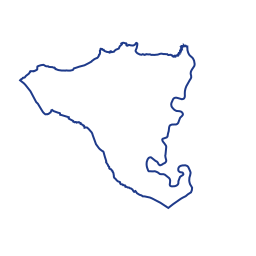 Chiang Khwan, Roi Et, Thailand, rotated 70°
{"feature_id": "78962969B97176317903626", "entity_name": "Chiang Khwan", "entity_type": "district", "adm_level": 2, "iso_a3": "THA", "parent_name": "Thailand", "parent_adm1": "Roi Et", "projection": "albers", "projection_center": [103.728, 16.148], "detail": "fine", "context": "isolated", "style": "outline", "palette": "blue", "viewbox_px": 256, "rotation_deg": 70, "n_neighbors": 0, "source": "geoboundaries", "source_scale": "gbopen_adm2", "svg_char_len": 5683}
<svg xmlns="http://www.w3.org/2000/svg" viewBox="0 0 256 256"><g transform="rotate(70 128 128)"><path d="M53.6,164.6L52.7,166.5L52.7,167.0L51.3,170.7L49.8,173.5L48.8,174.8L48.2,175.2L47.9,176.0L46.5,176.2L46.1,176.4L46.0,177.1L44.9,178.3L44.4,179.6L43.5,181.4L42.6,182.1L42.5,182.7L42.0,183.8L41.0,184.8L40.4,185.2L39.7,185.9L39.2,188.3L39.1,191.0L39.2,192.0L39.4,192.2L41.9,193.3L42.3,194.3L42.2,195.3L42.5,196.0L42.4,196.6L42.5,197.2L42.1,197.5L41.9,198.7L41.3,199.8L41.3,200.6L41.7,201.0L42.0,201.0L42.7,202.2L43.0,202.5L44.1,206.0L45.2,207.8L45.2,208.2L45.0,208.8L44.9,209.6L45.4,210.2L45.8,212.3L46.3,213.1L50.3,210.6L52.3,209.7L60.1,207.1L72.3,205.4L74.3,204.4L82.5,202.8L84.2,202.4L85.9,201.6L86.8,201.0L87.1,200.5L87.2,199.6L87.5,199.1L87.4,198.8L87.6,197.8L87.1,196.7L86.9,195.5L86.1,194.7L85.6,193.9L85.2,193.9L85.1,193.1L86.6,192.2L89.7,188.5L90.7,187.0L91.1,186.9L92.4,187.2L93.2,185.9L97.7,179.9L98.8,180.5L99.0,180.4L102.6,177.1L103.0,177.3L103.3,177.3L103.8,176.7L104.4,176.2L104.5,176.0L104.4,175.3L104.7,174.7L105.4,174.4L105.4,173.4L105.7,172.2L106.1,172.2L107.1,170.8L107.4,170.7L108.0,171.1L109.5,169.5L110.7,169.1L110.7,168.7L111.2,168.5L112.9,168.8L113.0,167.5L113.6,166.3L115.5,165.3L119.6,163.7L120.9,163.5L123.1,163.6L132.3,163.6L137.1,162.2L138.4,161.6L140.6,160.2L141.5,159.4L142.1,159.2L147.0,159.6L151.9,159.8L152.3,160.2L152.7,160.3L155.8,159.5L156.8,159.6L158.0,159.0L158.6,159.2L158.8,159.1L159.6,159.4L160.4,158.9L160.8,158.3L161.1,158.0L162.1,157.7L162.5,157.8L162.8,157.4L163.6,157.2L164.1,157.4L165.2,157.1L168.4,157.7L169.0,158.0L170.2,157.9L171.6,157.1L173.1,156.6L174.6,155.8L176.0,154.1L176.4,154.0L176.8,154.3L177.3,154.2L177.9,154.2L178.3,154.0L178.5,153.8L179.1,152.5L179.3,152.3L180.0,152.2L180.2,151.5L180.8,151.0L181.0,150.4L181.4,150.3L182.0,150.5L182.4,150.5L182.6,149.7L184.0,148.4L184.2,147.5L185.2,146.9L185.8,145.9L187.4,144.8L188.4,144.7L190.0,144.2L190.2,143.9L190.2,143.2L189.7,142.8L189.7,142.6L190.0,142.5L190.4,142.6L190.9,142.2L192.3,141.9L194.7,140.0L196.0,138.3L197.2,137.6L198.0,135.7L200.9,131.1L202.5,129.4L209.5,123.0L216.9,117.5L215.0,111.7L212.6,102.7L212.2,100.5L211.8,97.1L210.8,94.4L210.0,90.8L208.3,89.3L206.1,88.2L204.6,88.4L202.1,88.9L200.2,88.8L198.5,88.5L195.7,87.3L193.7,85.8L191.7,84.6L191.0,84.4L189.3,84.4L185.4,84.7L184.5,85.0L183.8,85.5L182.7,86.8L181.8,89.6L181.6,91.4L181.8,92.7L182.2,93.5L182.9,94.3L183.7,94.8L185.0,95.2L185.5,95.2L186.5,94.8L187.3,94.2L188.3,92.3L188.7,91.9L189.5,91.7L190.4,91.8L191.0,92.6L191.4,94.7L191.8,95.9L195.2,98.8L197.2,99.6L197.8,100.1L198.3,100.9L198.7,102.1L198.7,103.9L198.0,106.3L197.6,107.2L197.2,107.7L196.7,108.1L196.1,108.2L195.4,108.1L193.3,107.0L191.6,106.3L190.4,106.2L189.1,106.5L184.5,109.3L183.6,110.4L182.5,113.2L182.1,113.8L179.8,115.3L178.5,116.7L177.8,117.6L177.3,119.4L175.7,123.3L174.9,123.6L171.7,123.6L170.1,123.4L168.3,122.9L166.3,122.0L164.2,120.3L163.2,118.8L163.1,117.7L163.3,116.7L163.6,116.3L168.5,113.3L169.1,112.6L170.0,112.1L170.5,111.9L172.7,111.6L173.8,110.9L174.1,110.2L174.0,108.4L173.6,107.1L173.5,105.4L172.8,104.0L172.1,103.4L171.3,103.1L168.3,102.8L166.6,102.4L165.7,101.8L159.2,98.7L158.3,98.4L157.5,98.4L155.2,99.0L152.5,99.9L151.1,99.9L150.4,99.7L150.0,99.0L150.1,94.9L149.5,93.8L146.9,92.3L144.8,90.8L141.4,89.1L140.4,88.3L139.9,87.6L139.8,86.9L139.8,85.5L141.1,81.6L141.0,80.3L140.4,79.1L136.5,75.8L136.1,75.3L135.1,73.0L134.3,71.9L133.3,71.6L132.4,71.7L131.8,71.9L130.8,72.5L129.9,73.7L128.5,76.7L126.8,78.2L124.8,79.1L123.3,79.6L122.4,79.7L120.5,79.3L119.3,78.6L116.5,75.9L116.0,75.2L115.7,74.3L115.7,73.6L115.9,72.5L116.7,71.2L119.4,67.5L119.6,65.9L119.3,65.1L118.3,64.1L117.3,63.6L114.9,62.8L112.8,61.9L110.6,60.5L108.7,58.9L104.3,53.8L103.0,52.1L102.1,51.3L100.5,50.8L98.7,50.6L98.0,50.4L96.4,49.5L95.0,48.0L92.5,44.6L91.7,44.0L90.7,43.5L87.4,42.9L85.3,43.1L84.1,43.4L80.8,45.2L79.6,45.5L77.8,45.7L75.2,45.5L71.7,44.4L71.4,45.3L70.5,45.5L70.2,45.9L70.1,46.3L70.4,46.7L70.1,46.9L70.2,47.2L69.6,47.4L70.1,47.6L70.1,47.9L69.8,48.0L69.7,48.5L70.0,49.0L69.5,49.0L69.3,49.6L69.7,49.7L69.8,50.2L70.2,49.9L70.6,50.3L70.8,50.6L71.3,50.5L71.5,50.1L71.8,50.5L72.7,50.5L72.6,51.0L72.1,50.9L72.1,51.5L72.9,51.7L73.5,52.3L73.8,51.9L74.3,52.2L74.3,52.4L73.8,52.8L74.9,53.1L74.7,53.6L74.8,54.5L75.0,54.6L75.4,54.3L75.6,54.3L75.4,54.7L75.7,54.8L75.7,55.3L76.1,55.4L76.0,55.9L76.1,56.1L77.1,56.0L77.2,56.3L77.1,56.5L76.5,56.5L76.3,56.7L76.6,57.8L76.4,58.3L77.2,59.0L77.1,59.3L76.6,59.2L76.5,59.7L76.0,59.8L76.1,60.4L76.6,60.6L76.6,60.8L75.8,61.6L74.9,61.7L74.3,62.4L73.8,62.8L73.2,65.2L72.7,65.6L72.1,65.8L71.6,67.1L71.0,68.3L70.8,69.1L69.6,71.1L69.3,72.3L69.2,74.9L68.3,78.4L67.7,79.7L67.5,80.6L66.8,81.7L66.3,82.1L65.8,83.8L64.9,85.5L65.1,86.3L64.8,86.7L64.9,87.1L64.9,87.6L63.7,88.8L63.8,90.2L62.9,91.8L61.0,93.6L60.0,94.1L58.8,94.5L58.2,94.5L57.6,94.2L55.8,92.5L53.2,90.9L52.0,90.4L51.5,90.5L51.1,90.8L50.9,91.0L50.9,91.3L52.0,92.9L52.3,94.5L52.1,95.4L51.2,97.3L50.2,98.7L50.2,99.3L50.5,100.1L50.4,100.6L50.1,101.0L49.6,101.2L49.1,101.1L48.4,100.6L47.8,100.8L47.4,101.7L46.4,103.0L46.1,104.2L46.3,105.3L47.1,105.0L47.3,105.1L48.4,107.8L50.2,109.5L50.3,112.6L50.8,114.1L51.4,114.9L51.5,115.3L51.3,116.1L51.2,117.3L50.8,117.8L50.2,117.7L49.9,118.2L50.1,118.9L50.4,119.2L50.9,119.3L50.9,119.5L49.9,120.5L49.3,121.8L47.7,123.6L47.4,123.9L46.2,124.1L45.9,125.0L44.9,125.3L44.2,126.6L44.4,126.9L45.3,127.2L45.8,128.0L47.8,128.5L48.3,129.0L48.7,129.1L49.3,129.7L49.3,130.2L49.8,130.6L50.3,130.8L51.4,132.3L51.7,133.3L51.6,133.7L51.8,136.1L52.1,136.9L52.7,139.1L53.1,139.6L53.6,142.7L54.2,147.4L53.7,152.7L53.6,156.7L53.5,158.3L53.5,158.5L54.5,159.7L54.6,160.3L54.3,162.6L53.6,164.6Z" fill="none" stroke="#1e3a8a" stroke-width="2"/></g></svg>